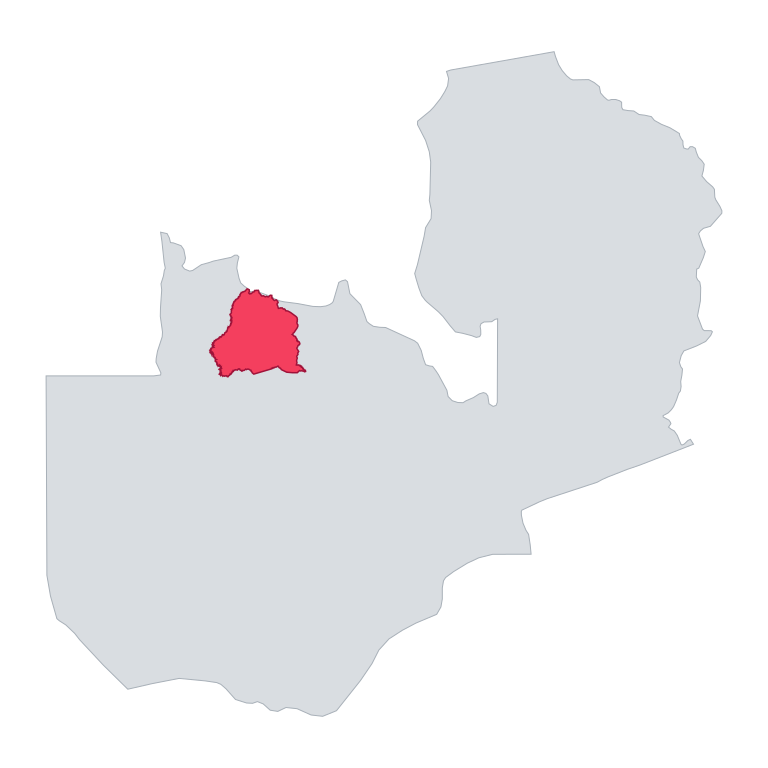 location of Kalumbila, North-Western, Zambia
{"feature_id": "96606910B30237809157373", "entity_name": "Kalumbila", "entity_type": "district", "adm_level": 2, "iso_a3": "ZMB", "parent_name": "Zambia", "parent_adm1": "North-Western", "projection": "natural_earth1", "projection_center": [25.402, -12.363], "detail": "fine", "context": "in_parent", "style": "filled", "palette": "rose", "viewbox_px": 768, "rotation_deg": 0, "n_neighbors": 0, "source": "geoboundaries", "source_scale": "gbopen_adm2", "svg_char_len": 9669}
<svg xmlns="http://www.w3.org/2000/svg" viewBox="0 0 768 768"><path d="M531.1,554.2L492.7,554.3L478.8,557.8L467.3,563.2L453.6,571.6L445.6,577.5L443.5,580.8L442.3,587.9L442.3,599.0L440.9,607.0L436.7,614.3L415.9,623.1L402.3,630.3L389.0,638.9L378.9,650.0L372.0,663.6L360.5,680.5L336.5,710.7L322.7,716.3L311.1,715.0L297.1,708.7L286.0,707.5L277.8,711.4L270.2,710.2L263.2,703.9L257.4,701.6L252.6,703.3L246.6,703.0L235.5,699.5L226.0,688.8L220.8,684.3L216.8,682.6L205.3,680.9L179.1,678.4L151.8,683.7L127.8,689.2L103.4,665.2L79.7,639.8L74.7,633.4L65.8,624.9L59.4,620.8L56.9,618.7L50.5,596.1L46.9,575.3L46.1,375.9L153.7,375.9L160.6,375.0L160.9,372.9L156.0,362.2L156.2,358.5L157.5,351.2L162.2,336.8L162.5,332.0L160.3,316.3L160.5,307.5L161.7,289.8L161.0,283.8L163.5,275.8L164.3,270.5L165.3,268.2L164.1,262.2L161.9,241.1L160.6,232.2L167.1,233.6L169.3,237.9L170.5,242.6L173.4,242.9L181.1,245.7L183.8,249.6L185.5,258.1L184.5,262.4L182.0,265.9L184.5,269.0L189.6,271.1L192.6,270.5L201.3,264.7L209.3,262.5L213.3,261.1L231.2,257.3L234.7,255.2L237.2,255.2L238.9,256.9L237.4,262.8L236.8,268.2L239.0,278.2L240.7,282.9L244.4,286.3L247.1,288.1L250.1,291.7L256.3,291.1L269.9,296.2L274.1,298.6L279.8,300.9L283.9,301.8L297.9,303.6L312.8,306.4L320.5,306.7L325.9,306.0L329.8,304.5L332.1,302.9L333.2,301.5L338.8,282.4L341.7,280.9L345.4,279.9L347.5,281.7L349.9,293.7L360.6,304.6L364.2,313.7L366.9,321.5L369.2,323.6L373.3,326.3L379.8,327.3L385.6,327.5L414.5,340.8L417.7,343.3L421.2,350.4L423.3,358.4L425.6,364.7L429.3,365.9L432.6,366.4L435.9,370.8L438.4,374.6L446.9,390.3L448.1,396.5L452.2,400.7L457.8,402.5L463.0,402.7L466.0,400.8L473.4,397.6L479.2,393.9L483.4,392.6L485.9,393.4L487.8,395.9L489.0,403.8L493.1,406.4L496.1,405.4L497.3,402.3L497.3,400.7L497.6,318.8L495.0,319.4L491.7,321.7L484.0,322.0L481.0,323.7L480.1,326.3L480.7,329.8L480.8,334.4L479.7,336.6L476.3,337.4L471.5,335.6L462.7,333.3L455.4,331.9L450.1,325.7L443.0,316.5L438.4,311.8L427.1,302.1L425.2,300.2L421.8,295.7L418.9,288.0L416.2,279.1L414.7,273.5L417.4,264.8L424.1,236.4L425.6,227.6L431.1,218.6L431.5,210.6L429.3,200.3L429.9,194.6L430.7,162.1L429.3,151.8L425.6,140.4L417.5,124.6L417.6,121.2L430.1,110.9L433.8,107.0L440.4,98.7L444.8,91.6L447.6,85.9L448.6,78.4L446.5,71.4L450.8,70.0L554.1,51.7L555.5,56.6L558.6,64.7L562.2,70.6L566.6,75.8L570.3,78.9L572.8,79.9L588.7,79.6L594.4,82.7L599.4,86.7L600.6,93.0L603.9,96.8L607.4,99.9L608.9,100.3L611.5,99.5L615.7,99.5L619.7,100.8L621.6,102.2L621.7,107.4L622.9,109.7L628.3,110.6L633.8,111.0L639.0,114.5L644.7,115.2L651.3,116.6L654.4,120.4L661.4,124.3L670.0,127.8L679.4,133.5L679.6,135.3L681.2,138.7L682.9,141.1L683.0,144.7L683.8,148.0L686.2,148.9L688.2,149.1L690.1,146.7L692.6,146.7L695.3,148.3L696.3,152.1L698.4,157.3L701.9,160.8L704.2,164.2L703.4,170.4L701.9,176.0L706.6,181.6L712.7,186.9L714.4,189.3L714.8,197.2L715.8,199.8L719.9,206.4L721.9,210.8L721.8,213.3L710.4,226.3L703.5,228.3L700.4,230.9L698.6,233.7L703.0,246.6L705.3,251.5L703.3,257.7L698.8,268.1L696.7,269.1L696.3,277.0L697.6,279.8L699.8,282.1L700.7,287.5L700.4,300.8L697.5,315.9L702.5,329.1L704.2,330.6L711.2,330.7L712.4,331.8L710.7,335.5L705.7,341.4L696.7,345.9L683.9,350.9L681.2,355.6L679.4,362.6L680.8,366.7L682.5,369.0L681.9,375.1L680.7,381.5L681.1,386.5L680.4,391.0L678.7,393.2L676.5,399.9L673.6,406.6L671.4,409.7L668.2,412.9L663.1,415.6L663.2,417.0L668.9,420.1L670.4,422.3L670.9,423.7L668.5,427.1L671.1,429.2L674.3,431.0L677.3,435.4L680.8,443.9L681.4,444.8L682.4,444.9L684.3,444.0L687.9,440.5L690.4,439.3L693.5,444.2L639.8,465.1L627.2,469.4L608.3,476.8L602.2,479.5L597.3,482.2L547.4,498.6L539.5,501.8L521.9,510.1L521.3,511.5L521.4,515.3L523.0,523.2L526.0,530.3L528.6,534.4L530.2,544.9L531.1,554.2Z" fill="#d9dde1" stroke="#a8b0b8" stroke-width="1"/><path d="M249.2,289.7L247.7,289.0L247.0,288.9L245.2,291.0L244.8,291.3L244.3,291.3L243.5,291.9L242.9,291.8L241.9,292.6L241.5,292.5L241.5,292.8L241.0,293.0L240.5,293.6L240.4,294.3L239.9,294.7L240.1,295.7L239.8,296.2L238.9,296.5L239.0,296.7L238.7,297.0L238.7,297.7L238.3,298.0L238.1,297.8L237.8,298.6L236.4,299.2L235.8,300.0L235.5,299.8L235.0,300.7L235.0,301.1L234.0,301.5L233.9,301.9L234.1,301.8L233.8,302.2L233.9,302.6L233.3,303.1L233.1,303.8L233.3,304.0L232.7,304.9L232.9,305.3L232.4,305.2L232.2,305.6L232.4,306.5L232.2,307.0L232.7,307.9L232.5,308.1L232.5,308.6L231.6,308.8L231.5,309.7L231.2,309.8L231.6,310.3L231.3,311.1L231.4,312.7L231.2,312.9L231.0,313.4L230.4,314.3L230.0,314.4L230.3,315.1L231.0,315.9L231.0,316.4L231.4,316.5L231.1,316.5L231.5,316.9L231.4,317.1L231.2,316.8L231.1,317.2L231.3,318.0L231.5,318.0L231.3,318.4L231.6,318.4L231.3,318.8L231.4,319.1L231.1,318.9L231.1,319.4L230.4,320.2L230.4,320.8L230.9,321.0L231.4,320.7L231.7,321.6L231.4,321.7L231.6,322.6L231.2,323.5L230.8,323.6L230.8,323.9L230.7,323.8L230.7,324.0L230.6,324.3L230.4,324.6L230.3,325.6L229.1,326.8L228.6,326.7L228.7,326.9L228.5,327.2L228.6,327.5L228.1,327.5L227.9,327.5L227.6,328.0L227.8,328.3L227.5,329.3L227.4,329.4L227.3,330.1L227.1,330.5L227.1,331.0L226.7,331.5L226.5,331.4L226.5,331.6L226.3,331.7L226.4,331.9L226.0,332.2L224.9,332.7L224.2,334.7L223.7,334.7L223.6,334.9L222.8,334.7L222.8,334.9L222.5,334.9L222.5,335.1L222.3,335.0L222.1,335.6L221.6,336.2L221.5,336.5L220.9,336.6L221.0,336.9L220.7,336.9L220.6,336.7L220.0,336.9L219.9,337.3L219.5,337.2L219.4,337.8L218.9,337.9L218.8,338.5L218.1,338.6L218.0,339.0L216.8,339.3L216.5,339.9L215.9,339.7L215.5,340.5L215.1,340.5L215.0,340.2L214.9,340.8L214.6,340.7L214.6,341.0L214.2,341.1L214.1,341.9L213.8,342.0L213.9,342.8L213.4,342.9L213.4,343.3L213.7,343.8L212.6,343.1L212.6,343.9L213.5,344.9L213.3,345.4L213.7,345.5L213.2,345.9L213.4,346.3L212.6,345.8L212.9,346.4L212.4,346.9L213.3,347.4L212.7,347.5L212.4,347.2L212.3,347.6L211.5,348.3L212.0,348.8L211.1,348.5L211.1,348.8L210.7,348.9L210.6,349.2L210.8,349.5L210.4,349.8L210.9,349.9L211.0,350.2L210.5,350.5L210.5,351.2L210.7,351.4L210.6,351.9L211.0,351.9L210.5,352.3L210.2,352.0L210.3,352.5L210.1,352.7L210.8,353.1L211.0,353.0L210.8,352.7L211.0,352.7L211.2,353.6L211.6,353.5L211.8,354.3L212.2,353.1L212.4,353.0L212.3,352.4L212.6,352.5L212.7,353.1L213.1,353.2L213.1,354.0L212.7,354.3L213.0,354.5L213.4,354.1L213.6,354.5L213.1,355.2L213.4,355.5L213.2,356.2L213.6,356.1L213.6,356.6L213.9,356.8L213.5,357.3L213.8,357.1L214.4,357.8L215.1,357.6L215.2,357.9L215.0,358.0L215.4,358.6L215.2,359.0L216.2,359.5L215.8,359.6L215.1,361.0L215.9,361.8L216.5,361.9L216.6,362.2L217.4,362.2L216.6,362.6L216.7,363.2L217.3,363.8L217.0,364.0L216.9,364.6L217.7,364.8L217.6,365.5L218.0,365.6L218.1,366.1L218.5,365.8L219.1,366.1L219.1,365.5L219.5,365.1L219.6,365.8L220.2,365.7L219.9,366.7L220.2,366.9L220.4,366.6L220.7,366.9L221.0,366.8L220.5,367.9L220.8,368.1L221.4,367.9L221.6,368.5L221.0,368.7L220.6,368.3L219.0,369.3L219.4,369.7L220.4,369.9L220.8,370.2L220.2,371.1L221.0,371.4L220.9,372.3L221.4,372.6L221.4,373.0L220.9,372.9L220.4,373.4L220.2,373.2L220.4,372.8L220.0,372.8L219.2,374.2L220.0,374.6L220.8,374.5L220.5,375.2L220.6,375.4L220.9,374.9L221.8,375.0L222.3,375.8L222.7,375.7L222.9,376.2L223.3,375.9L224.0,375.9L224.7,376.2L225.2,375.8L226.3,376.0L226.6,375.8L226.9,376.2L227.0,376.0L227.3,376.2L227.6,376.7L228.1,376.7L228.8,375.6L229.6,375.3L229.8,374.6L230.1,374.5L230.0,374.1L230.5,373.9L230.6,374.1L231.1,373.6L231.3,373.7L231.4,373.1L232.0,372.8L232.0,372.3L232.7,371.9L232.5,371.5L232.9,371.4L232.7,371.2L233.1,370.8L233.3,370.9L233.3,370.7L233.5,370.8L234.2,370.4L234.2,370.2L235.0,369.9L235.4,370.0L235.6,369.7L237.3,370.1L237.5,369.6L238.1,369.5L238.4,368.9L239.4,368.9L239.5,369.2L239.8,369.2L240.0,370.0L240.5,370.4L241.3,370.4L241.7,371.1L242.3,371.0L242.4,370.6L242.9,370.3L243.8,370.5L244.3,370.3L245.7,369.1L246.4,369.6L247.5,369.1L248.9,369.2L249.7,369.9L251.0,370.3L251.1,371.3L251.8,371.8L252.2,372.8L253.8,374.1L271.4,368.9L271.5,368.4L272.0,368.6L272.2,368.3L272.9,368.3L272.9,367.7L273.2,367.5L273.4,367.0L273.3,367.5L274.5,367.7L275.0,367.1L276.2,367.1L278.0,366.1L279.4,367.9L280.5,368.2L281.3,369.6L286.7,372.2L292.2,372.7L297.3,372.7L299.5,370.6L300.6,371.0L301.9,370.7L302.8,371.1L303.7,371.1L304.5,371.8L305.6,371.5L305.4,370.3L305.2,370.2L304.8,370.6L303.4,368.7L303.1,369.1L302.8,368.8L302.6,367.5L301.5,367.3L301.7,366.4L301.5,366.1L300.6,366.3L300.3,365.6L299.9,365.9L299.3,365.5L299.3,365.3L298.9,364.9L297.6,365.1L297.1,364.8L296.4,365.0L296.4,364.3L297.0,362.8L296.6,361.0L296.7,359.9L297.3,358.0L296.7,356.8L296.8,356.1L298.0,354.4L297.7,353.1L298.7,351.5L296.8,348.4L297.1,347.4L297.7,346.8L297.9,345.6L298.8,344.9L299.0,345.0L299.4,344.7L299.8,344.0L299.8,343.2L299.6,343.1L299.1,341.8L298.3,341.5L298.2,341.2L297.7,340.8L297.5,341.0L297.0,340.7L297.0,340.9L296.8,340.7L296.8,340.2L297.0,340.2L297.1,339.7L297.0,339.1L295.9,337.9L296.0,337.6L295.4,337.0L295.5,336.5L293.8,336.0L293.8,335.7L293.4,335.2L293.0,335.1L292.3,334.5L292.6,334.4L293.3,333.0L294.0,332.6L297.1,328.0L297.8,326.4L297.9,324.9L297.1,323.8L296.9,322.3L297.3,321.6L297.1,321.1L297.4,319.8L297.0,317.6L295.9,316.4L290.6,312.5L287.8,311.0L285.6,310.7L285.3,309.8L284.6,309.0L284.1,308.9L283.8,309.2L283.3,309.1L282.1,307.8L281.3,308.0L280.7,307.8L280.0,308.2L279.4,308.1L279.0,308.3L278.4,308.4L277.7,306.0L277.1,304.7L277.2,303.4L278.1,302.7L277.7,301.3L276.1,299.8L274.5,300.5L274.0,300.3L273.1,299.4L272.6,298.2L271.9,298.0L271.8,295.4L270.6,295.2L270.0,295.4L268.7,296.7L268.1,296.9L266.4,296.3L265.6,296.8L265.0,296.7L263.5,295.8L261.8,296.0L261.2,295.6L261.0,294.8L260.3,294.3L260.1,293.7L259.3,293.2L258.9,292.6L259.0,292.1L258.6,290.7L258.1,290.2L257.4,290.5L256.2,290.3L255.4,290.6L254.9,290.4L254.4,290.9L254.4,291.4L254.0,291.9L252.6,292.2L251.5,293.5L251.2,293.6L250.4,293.3L249.9,294.0L249.1,293.5L248.7,292.9L249.4,291.6L249.2,289.7Z" fill="#f43f5e" stroke="#9f1239" stroke-width="1.5"/></svg>